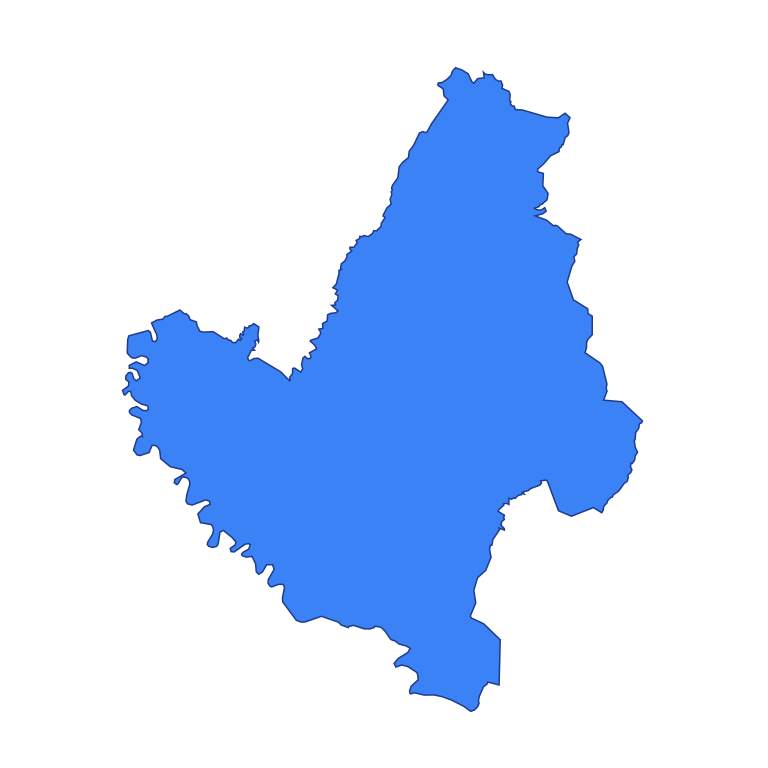 Buenavista, Michoacán, Mexico (Mercator projection), rotated 4°
{"feature_id": "50627088B1584906441416", "entity_name": "Buenavista", "entity_type": "district", "adm_level": 2, "iso_a3": "MEX", "parent_name": "Mexico", "parent_adm1": "Michoacán", "projection": "mercator", "projection_center": [-102.594, 19.215], "detail": "fine", "context": "isolated", "style": "filled", "palette": "blue", "viewbox_px": 768, "rotation_deg": 4, "n_neighbors": 0, "source": "geoboundaries", "source_scale": "gbopen_adm2", "svg_char_len": 6124}
<svg xmlns="http://www.w3.org/2000/svg" viewBox="0 0 768 768"><g transform="rotate(4 384 384)"><path d="M147.8,339.4L153.7,350.4L154.7,354.4L153.2,357.6L150.0,357.3L147.4,348.8L145.2,347.1L126.2,353.7L125.2,357.6L125.7,371.0L128.6,374.0L131.1,375.6L134.3,375.5L140.2,372.6L144.7,373.6L147.3,375.5L146.7,376.4L147.3,379.1L143.8,382.3L135.3,379.2L128.6,383.2L128.8,386.1L132.0,385.8L137.0,387.8L140.4,395.0L136.7,398.1L134.1,396.3L132.0,390.9L130.3,390.0L128.3,390.6L126.1,393.6L125.9,395.9L126.2,397.5L129.3,399.7L129.2,403.9L123.6,408.6L125.4,412.8L126.5,413.0L129.5,409.3L131.9,409.1L132.9,413.2L137.1,417.7L143.3,420.9L149.6,422.3L150.3,423.5L150.5,425.5L149.2,427.3L145.2,427.1L139.1,423.7L133.8,425.9L131.9,428.2L132.1,430.2L134.6,432.5L143.7,435.4L144.6,439.4L142.5,446.7L145.8,449.6L146.7,453.4L145.5,452.9L143.9,453.7L141.3,456.4L138.7,467.4L142.7,472.0L145.5,472.4L154.4,468.8L156.9,461.4L160.3,461.3L162.6,462.7L164.9,465.9L166.4,474.1L176.6,481.4L188.6,483.4L192.6,486.7L182.1,493.8L181.6,497.1L184.3,498.8L185.6,497.7L189.1,490.9L193.4,491.0L195.8,492.7L197.2,495.7L197.1,498.6L195.0,508.2L194.6,514.9L196.4,517.3L201.2,518.1L214.3,512.0L218.0,513.1L219.0,516.2L213.5,518.9L207.4,526.6L210.6,535.1L221.5,536.3L223.1,538.3L224.1,541.6L223.6,545.5L219.1,554.3L218.9,556.5L220.4,558.1L224.4,559.0L228.4,557.6L229.7,555.1L230.7,543.2L234.0,541.3L243.3,547.8L247.4,552.1L246.7,554.9L242.1,558.7L243.1,561.9L246.2,562.0L256.8,553.4L260.3,552.7L261.8,553.8L260.5,558.2L255.4,561.5L253.8,563.6L254.4,565.1L258.6,566.3L264.4,565.2L268.4,572.2L269.7,580.2L272.2,582.6L275.8,580.1L279.6,572.4L285.5,572.1L287.3,576.6L282.2,587.3L282.2,590.7L284.1,593.4L286.0,594.3L292.8,591.2L297.0,590.9L298.1,591.8L298.9,594.0L297.6,604.8L298.3,608.6L313.1,625.9L318.1,627.3L321.9,626.9L337.8,620.1L355.2,624.8L357.9,627.3L365.4,629.5L365.9,628.3L370.5,626.9L381.5,629.6L387.0,629.3L391.2,627.6L391.6,626.3L397.8,626.8L402.0,630.2L408.6,638.4L413.3,639.7L417.0,642.3L424.5,643.8L428.6,645.9L426.5,650.2L417.3,656.8L413.6,662.1L415.6,665.5L421.2,663.1L427.4,664.2L436.3,669.1L437.7,670.9L438.8,676.6L432.2,683.6L430.9,688.6L431.5,690.8L432.4,691.3L435.8,689.9L445.6,691.5L455.8,690.7L463.6,691.8L473.3,694.6L485.8,699.8L493.3,704.5L497.1,702.8L500.1,699.1L501.1,695.9L500.3,693.3L500.9,688.8L504.4,679.1L507.7,676.2L508.4,674.1L519.8,676.2L517.8,631.1L500.1,616.2L487.8,611.5L486.2,609.7L490.8,596.0L488.0,583.5L490.8,570.8L498.5,562.8L502.9,549.3L500.9,541.7L501.2,537.6L502.9,537.3L503.5,531.5L509.4,521.3L508.7,519.7L514.3,521.3L514.0,519.7L510.7,516.8L511.0,513.1L513.5,510.7L512.7,508.7L513.3,506.5L506.8,503.1L507.2,501.5L511.9,496.6L511.5,495.1L514.8,494.5L517.0,495.5L516.7,489.2L519.2,490.1L521.1,488.7L522.8,489.0L525.8,485.6L528.7,484.9L529.3,483.7L531.4,484.0L529.5,482.3L535.3,480.3L538.1,477.8L546.4,474.1L548.0,471.9L546.9,469.7L552.6,468.5L554.1,470.2L566.9,498.3L580.2,502.8L601.5,492.7L610.2,497.2L611.5,494.5L611.8,490.6L614.6,487.3L615.4,484.5L618.2,481.3L619.8,480.8L620.2,478.8L625.6,474.4L630.6,466.3L633.4,464.1L634.3,459.8L633.3,458.2L636.4,455.0L637.3,452.4L635.7,449.3L635.9,445.7L637.1,446.0L639.3,442.6L639.6,438.1L641.7,434.5L639.1,429.7L637.6,423.0L638.4,422.0L638.4,415.0L641.3,410.2L641.5,405.9L643.8,404.7L644.4,402.8L622.6,385.1L604.2,384.8L607.0,375.5L605.9,372.7L606.4,368.5L600.8,351.0L597.9,347.9L582.4,338.8L583.5,333.6L583.2,328.2L584.4,325.1L588.3,320.3L587.0,301.8L582.6,299.5L582.0,294.8L567.1,286.8L559.6,269.5L563.2,253.4L565.8,248.1L564.5,244.0L567.1,240.8L567.3,235.4L568.6,231.7L567.2,229.0L570.4,226.1L559.7,221.5L555.2,221.4L546.1,214.3L543.8,213.7L542.3,214.5L534.7,209.2L523.1,205.7L530.2,203.3L533.7,200.4L532.1,196.9L529.0,199.3L526.6,199.7L523.5,199.3L522.0,198.1L526.3,196.2L527.5,194.0L528.9,193.8L533.8,188.9L534.4,182.5L528.6,175.2L528.3,162.8L522.7,161.6L522.3,159.0L528.1,153.0L534.3,144.6L542.4,140.0L542.4,136.6L544.4,135.2L544.7,133.1L546.0,132.8L547.6,125.5L550.0,123.4L551.0,120.3L548.9,111.1L551.0,105.4L545.8,101.2L539.3,106.3L527.9,106.4L502.9,101.0L495.9,101.1L494.5,97.7L492.4,97.6L490.5,95.6L490.9,93.5L489.6,92.6L489.7,86.3L488.1,83.3L480.9,80.8L481.5,77.7L479.5,73.5L477.3,73.9L473.9,72.4L470.7,67.8L466.2,68.3L462.9,67.5L461.5,66.1L462.6,71.6L456.2,72.8L452.6,77.7L450.6,76.4L446.3,68.7L439.9,65.3L433.3,63.5L430.4,67.3L429.3,71.5L425.6,75.7L420.8,79.3L417.3,79.8L416.7,81.6L417.4,82.6L422.4,85.4L423.8,92.4L428.2,96.2L413.1,121.3L409.4,129.6L407.2,130.3L405.3,129.5L401.9,131.1L397.0,143.5L392.9,150.1L392.6,156.5L387.4,161.2L384.0,166.3L383.4,177.3L378.4,185.6L377.9,188.3L378.8,190.1L377.8,191.7L378.6,194.6L377.2,199.1L378.5,204.1L374.6,208.2L371.6,215.1L371.3,216.5L373.6,217.8L370.1,223.7L370.1,226.9L365.7,231.9L363.1,231.7L361.9,234.8L358.0,238.0L353.3,237.3L352.3,238.5L349.6,238.4L349.5,240.6L346.2,242.7L347.4,245.1L344.4,249.7L340.5,249.9L340.6,251.9L342.6,253.5L338.0,257.4L338.1,260.1L336.3,264.0L333.0,267.2L332.6,271.6L333.5,272.7L331.1,273.8L331.4,277.0L329.4,287.7L326.3,291.5L331.2,293.6L329.1,297.5L332.1,299.2L331.9,303.7L329.2,306.4L330.1,308.6L326.2,309.2L333.0,314.3L331.0,316.3L326.0,317.2L322.9,318.9L322.9,325.0L318.5,328.0L319.2,332.8L315.1,333.8L316.9,336.3L317.2,338.5L314.8,342.7L307.7,345.5L307.4,346.4L312.3,350.2L314.3,353.7L307.4,358.1L309.6,361.9L308.4,363.6L306.1,364.2L303.1,361.9L301.3,363.9L300.4,370.4L301.8,374.6L300.2,378.0L293.7,374.3L291.8,374.9L292.0,379.9L289.4,384.1L290.1,386.9L289.5,387.3L280.3,379.2L256.6,367.1L252.3,367.7L248.7,370.1L247.3,369.7L246.1,367.2L249.4,359.6L252.4,359.3L250.6,357.5L252.8,355.8L253.4,353.1L251.9,350.1L254.3,348.9L255.9,351.0L256.1,349.5L254.8,344.3L255.2,335.9L249.8,332.8L247.6,334.9L245.5,335.3L245.1,337.1L243.4,337.7L241.0,337.0L240.8,341.0L239.3,342.0L240.6,344.5L240.1,345.1L237.5,343.8L236.7,345.5L237.0,348.0L238.9,348.6L238.4,349.7L237.8,350.5L235.8,349.4L233.0,353.2L229.8,353.1L228.1,351.2L225.5,350.9L224.1,349.1L221.5,350.0L209.9,343.7L199.6,344.9L196.5,344.0L193.5,339.0L192.5,335.1L186.1,333.4L184.2,329.5L181.5,327.6L179.8,327.9L175.3,324.4L162.8,331.7L160.9,331.8L158.9,334.7L153.1,336.0L147.8,339.4Z" fill="#3b82f6" stroke="#1e3a8a" stroke-width="1.5"/></g></svg>